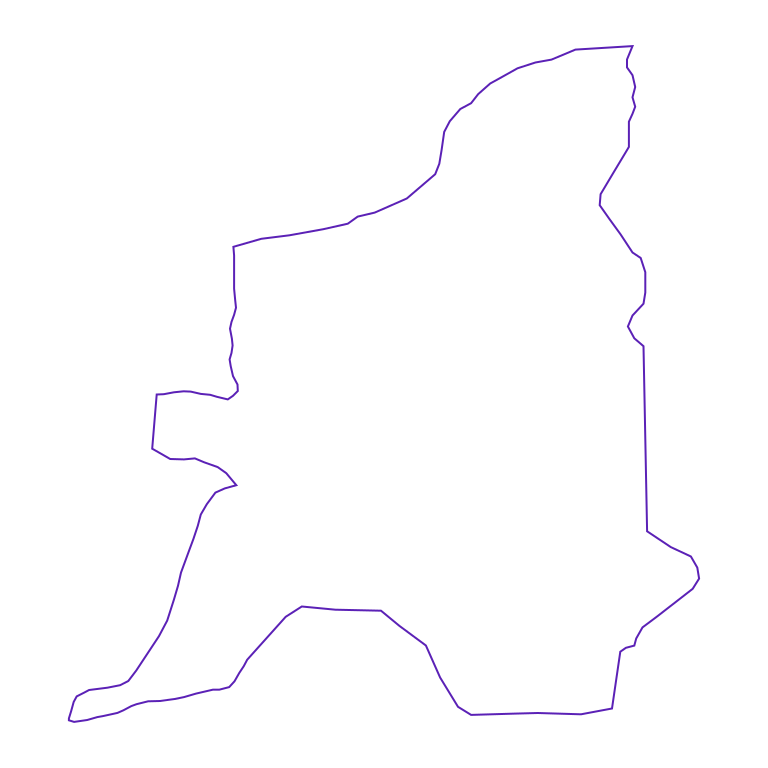 outline of Abba, Nana-Mambéré, Central African Republic, rotated 270°
{"feature_id": "33826404B97851482460311", "entity_name": "Abba", "entity_type": "district", "adm_level": 2, "iso_a3": "CAF", "parent_name": "Central African Republic", "parent_adm1": "Nana-Mambéré", "projection": "natural_earth1", "projection_center": [15.206, 5.282], "detail": "fine", "context": "isolated", "style": "outline", "palette": "violet", "viewbox_px": 768, "rotation_deg": 270, "n_neighbors": 0, "source": "geoboundaries", "source_scale": "gbopen_adm2", "svg_char_len": 2001}
<svg xmlns="http://www.w3.org/2000/svg" viewBox="0 0 768 768"><g transform="rotate(270 384 384)"><path d="M495.8,645.3L510.0,640.7L515.5,632.5L533.6,620.6L548.6,609.7L562.8,599.7L573.8,600.6L595.1,613.3L616.4,626.1L621.1,628.9L641.6,628.9L646.3,628.9L654.2,632.5L661.3,635.2L670.7,632.5L681.0,635.2L692.8,632.5L700.6,627.0L708.5,627.0L721.9,632.5L718.4,575.4L708.4,551.5L705.5,535.4L699.7,517.5L691.3,502.5L684.5,490.2L673.9,478.2L664.8,471.1L659.0,460.3L646.8,449.8L636.1,444.2L618.0,441.6L604.2,439.3L593.8,435.2L569.5,406.8L555.4,374.7L551.4,357.7L544.3,347.8L538.8,323.3L532.7,289.4L529.2,261.3L521.2,233.4L512.5,234.1L500.3,234.1L493.5,234.1L487.4,234.1L479.3,234.1L467.7,235.2L460.3,236.0L453.2,234.1L446.1,231.5L439.3,230.0L429.3,231.9L422.5,232.6L415.1,231.5L408.6,229.6L401.9,230.7L391.9,233.0L383.5,237.5L377.0,237.8L372.2,233.0L368.6,227.8L371.2,216.9L373.2,210.2L374.1,200.8L376.4,190.7L376.7,183.6L375.7,173.9L373.8,163.8L373.5,156.7L319.3,152.2L309.0,170.2L308.6,184.0L309.6,194.9L305.7,204.2L300.9,217.7L294.8,226.3L282.8,236.3L279.6,224.8L275.4,215.4L263.8,206.8L253.5,200.8L242.2,197.8L229.0,193.4L217.7,189.2L195.4,181.0L182.2,178.0L168.3,173.9L147.4,167.2L131.9,159.0L97.4,136.2L87.0,128.3L82.8,120.1L80.3,107.4L78.0,89.1L75.4,84.2L71.6,76.7L66.1,73.7L56.7,71.1L49.6,68.9L47.7,68.9L46.1,74.1L48.0,87.2L50.9,97.3L51.9,102.9L54.1,113.0L55.1,117.5L57.7,123.4L61.9,131.3L63.8,136.5L66.7,148.1L67.0,160.1L68.0,167.2L69.0,174.7L70.9,184.0L74.4,196.0L78.3,212.8L78.3,219.2L80.9,229.2L86.7,234.5L95.1,239.3L101.9,243.8L108.3,247.2L151.2,285.7L161.5,301.8L158.3,335.4L157.3,381.0L142.2,399.3L122.5,425.9L90.5,440.1L61.2,458.0L53.1,471.1L54.4,515.2L55.0,537.7L53.7,581.0L59.5,612.0L88.3,616.2L116.3,620.3L120.2,625.9L122.4,634.3L129.5,636.2L140.6,642.5L151.6,657.2L179.2,692.7L189.4,699.1L200.4,697.3L211.5,690.9L220.9,670.8L236.7,647.1L421.8,643.5L429.7,634.3L441.5,627.9L452.5,632.5L464.3,643.5L475.4,645.3L490.3,645.3L495.8,645.3Z" fill="none" stroke="#5b21b6" stroke-width="2"/></g></svg>